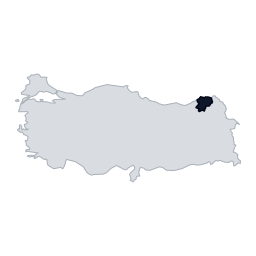 location of Artvin within Turkey
{"feature_id": "TUR-2298", "entity_name": "Artvin", "entity_type": "Province", "adm_level": 1, "iso_a3": "TUR", "parent_name": "Turkey", "parent_adm1": "", "projection": "albers", "projection_center": [41.741, 41.035], "detail": "fine", "context": "in_parent", "style": "filled", "palette": "ink", "viewbox_px": 256, "rotation_deg": 0, "n_neighbors": 0, "source": "natural_earth", "source_scale": "10m", "svg_char_len": 4575}
<svg xmlns="http://www.w3.org/2000/svg" viewBox="0 0 256 256"><path d="M200.6,96.7L204.2,98.1L205.4,97.1L208.6,97.2L211.6,97.9L213.2,95.8L215.3,96.0L215.7,97.1L216.7,97.4L219.8,100.1L219.4,100.5L220.2,101.5L222.8,102.1L223.1,103.5L225.2,105.6L226.3,108.8L225.7,111.0L224.6,112.4L226.4,117.3L225.9,117.9L229.1,119.4L233.2,119.0L234.5,119.7L238.6,123.4L239.6,124.8L236.9,123.1L235.4,124.7L234.7,128.5L230.4,129.3L231.1,131.7L232.3,132.8L232.0,135.1L232.3,136.1L233.6,137.5L233.4,139.6L234.0,141.8L234.1,144.4L235.9,145.2L235.1,146.4L233.2,151.8L233.4,152.2L234.8,152.3L237.9,154.7L237.4,155.5L237.9,158.9L240.6,161.0L240.2,162.2L240.4,163.3L238.4,162.9L234.5,166.0L234.1,166.0L233.5,164.9L233.3,161.9L232.3,161.1L231.1,161.0L228.9,162.4L227.0,162.4L225.0,162.2L219.8,160.4L217.9,161.1L215.9,160.4L212.0,164.1L210.8,164.5L210.2,162.6L208.9,161.6L207.1,163.0L200.5,164.8L197.4,165.1L193.6,164.4L190.5,164.6L182.0,168.6L173.8,170.6L166.5,170.2L162.6,167.5L159.5,166.8L150.0,170.3L145.4,169.9L144.0,168.2L140.5,167.4L139.7,168.9L138.7,172.6L139.8,176.0L137.8,176.1L136.5,176.8L135.9,179.4L134.1,180.2L133.4,181.8L133.0,181.8L130.2,180.3L131.1,179.1L129.6,174.2L130.6,172.8L134.6,169.2L134.6,166.9L133.1,165.2L128.2,167.8L127.7,168.8L126.5,169.6L124.7,169.8L116.5,165.5L111.2,168.3L106.6,172.6L103.2,174.1L93.6,174.5L91.8,175.2L88.7,173.9L86.9,172.4L83.1,166.6L75.3,161.6L66.8,159.5L65.9,160.5L65.0,164.6L63.2,168.3L62.4,168.6L60.6,167.4L53.6,168.7L48.2,165.4L47.4,164.1L46.8,159.4L46.0,159.0L45.0,159.5L44.0,159.3L40.2,156.8L38.1,156.3L36.4,158.0L34.2,158.4L34.2,157.9L35.2,156.8L31.8,156.5L29.8,157.1L27.5,156.2L27.7,155.7L29.8,155.4L34.5,155.4L37.8,152.9L27.0,151.3L25.8,151.8L25.9,150.2L26.6,149.6L29.6,149.5L29.6,148.2L28.1,146.5L26.3,145.4L26.0,142.0L25.2,141.1L25.4,140.6L27.2,140.4L28.0,138.0L28.0,136.5L24.7,134.7L23.9,134.7L23.3,133.3L22.0,132.1L20.7,132.6L17.5,130.1L18.4,128.8L19.3,129.0L19.6,127.9L19.3,125.9L19.5,125.0L20.3,124.9L21.1,125.2L21.8,126.5L21.5,128.6L22.2,130.0L23.1,128.8L24.6,129.8L27.5,129.6L28.1,129.2L26.1,128.9L25.4,128.3L24.3,124.5L26.2,123.8L27.7,122.3L25.5,120.8L26.4,118.6L24.9,115.5L28.1,112.6L28.1,112.1L27.3,111.7L18.7,111.7L18.8,110.1L19.7,108.9L20.2,105.6L20.9,103.9L22.5,103.7L24.9,101.4L28.4,98.9L31.6,99.5L33.0,98.8L34.9,99.1L35.2,100.4L36.7,101.5L39.7,101.9L41.2,101.3L40.1,99.6L41.8,99.3L43.1,99.9L42.1,101.5L42.5,101.7L46.4,101.8L50.2,102.8L54.6,103.2L55.3,102.8L52.4,100.7L54.6,99.5L55.8,99.4L65.1,99.3L65.2,99.0L59.7,97.4L57.1,95.1L56.5,93.9L57.4,91.4L58.1,90.8L60.1,91.0L66.8,93.1L71.8,93.1L76.9,95.5L82.0,95.8L83.2,95.1L84.8,92.8L92.4,89.5L95.2,87.6L106.8,84.6L123.4,86.8L126.4,85.4L128.1,86.1L127.5,87.1L127.5,88.1L129.4,90.8L132.2,92.4L136.5,91.5L137.9,92.1L139.2,96.1L141.6,98.6L142.8,98.9L144.5,97.6L146.0,97.5L148.4,99.0L149.2,100.4L157.2,102.4L158.8,103.7L164.2,105.1L176.4,102.7L180.8,104.7L184.5,105.4L186.1,105.2L191.0,103.0L192.6,101.7L195.6,100.7L199.5,98.2L200.6,96.7ZM46.9,77.5L46.4,79.2L46.8,81.2L48.0,84.1L49.5,85.7L57.1,90.5L55.4,93.7L53.3,94.0L46.6,91.3L43.6,92.2L41.6,91.5L38.6,91.7L37.5,93.5L35.2,95.5L29.1,97.5L23.0,102.2L21.4,102.7L22.4,100.9L22.6,99.2L25.2,97.6L28.6,96.6L29.6,95.5L21.7,94.4L21.3,92.5L22.1,92.3L25.2,89.6L25.7,88.5L26.0,85.3L29.4,84.1L29.8,83.5L29.8,80.4L27.2,78.1L27.4,77.3L29.6,76.8L31.2,74.9L34.3,75.0L35.9,74.3L38.6,74.2L41.4,77.3L45.5,77.0L46.9,77.5ZM18.8,101.3L16.1,101.3L15.4,100.6L16.4,99.9L18.5,99.6L19.0,100.7L18.8,101.3Z" fill="#d9dde1" stroke="#a8b0b8" stroke-width="1"/><path d="M211.3,98.0L211.6,98.9L211.7,99.6L211.8,99.9L211.9,100.1L212.1,100.7L212.5,101.7L212.2,102.8L211.2,103.3L210.2,104.4L209.5,105.8L208.8,105.9L208.1,106.1L207.3,106.0L206.5,106.1L206.1,106.3L205.8,106.6L205.6,107.2L205.7,107.8L205.4,108.5L204.9,108.9L204.7,109.6L204.7,110.2L204.2,111.0L203.2,110.5L202.2,110.2L201.3,110.5L200.3,111.1L199.3,111.5L198.5,110.8L198.6,109.5L198.9,109.0L198.9,108.5L198.4,108.3L197.0,108.1L196.1,107.6L196.3,106.9L197.4,105.7L197.6,105.5L197.9,105.3L198.0,105.0L198.2,104.7L198.8,104.3L199.1,103.5L198.8,103.2L198.3,102.9L198.2,102.7L198.1,102.4L197.8,102.2L197.6,102.0L197.4,101.5L197.3,100.9L197.0,100.1L198.0,99.3L198.3,99.1L198.5,99.0L199.0,98.9L199.4,98.7L199.6,98.4L199.7,98.1L199.7,97.8L199.9,97.7L200.5,97.1L200.7,96.8L201.9,97.3L202.1,97.3L202.4,97.3L202.7,97.2L202.8,97.2L202.8,97.4L202.8,97.5L203.0,97.6L203.3,97.7L203.5,97.7L203.9,98.2L204.1,98.2L204.6,97.8L205.0,97.2L205.6,96.9L206.4,97.2L206.8,97.1L207.0,97.0L207.3,97.0L207.5,97.1L207.9,97.0L208.0,97.0L208.4,97.3L208.7,97.3L209.2,97.3L211.3,98.0Z" fill="#0f172a" stroke="#020617" stroke-width="1.5"/></svg>